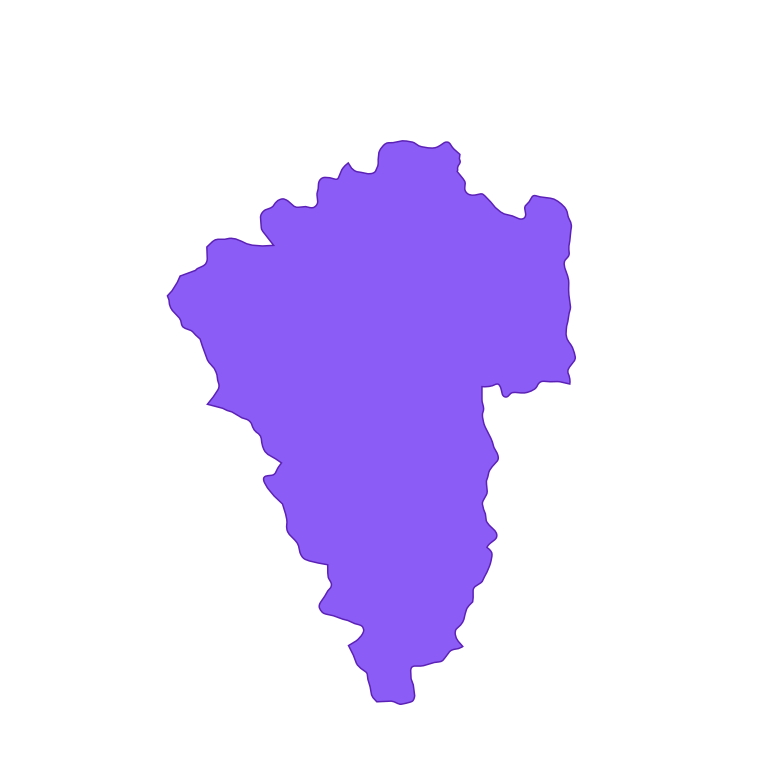 SVG path tracing the border of Šumadijski, rotated 219°
{"feature_id": "SRB-839", "entity_name": "Šumadijski", "entity_type": "District", "adm_level": 1, "iso_a3": "SRB", "parent_name": "Republic of Serbia", "parent_adm1": "", "projection": "equal_earth", "projection_center": [20.746, 44.097], "detail": "fine", "context": "isolated", "style": "filled", "palette": "violet", "viewbox_px": 768, "rotation_deg": 219, "n_neighbors": 0, "source": "natural_earth", "source_scale": "10m", "svg_char_len": 6171}
<svg xmlns="http://www.w3.org/2000/svg" viewBox="0 0 768 768"><g transform="rotate(219 384 384)"><path d="M359.3,635.5L354.7,635.0L351.8,634.0L350.0,633.0L346.8,630.4L345.1,629.3L340.7,627.2L338.1,625.1L337.1,623.8L335.4,620.9L329.7,612.2L327.2,607.7L325.1,605.0L322.1,601.9L321.5,600.8L321.1,599.6L321.0,598.1L321.2,594.3L320.8,592.7L319.6,590.7L316.7,588.1L309.1,583.4L305.8,580.8L303.9,578.7L299.8,573.4L296.4,569.6L287.5,561.2L286.4,559.5L284.6,555.4L280.5,548.3L278.5,544.0L276.7,541.2L273.9,537.3L271.4,535.2L269.8,534.1L266.9,533.0L263.2,532.0L260.4,530.9L255.7,528.0L252.4,525.4L251.5,524.3L250.7,522.2L250.5,513.8L249.9,510.9L249.3,509.8L248.0,508.4L245.5,507.0L242.7,504.8L240.7,502.6L239.6,500.9L248.8,496.4L250.8,495.0L256.3,490.3L261.5,486.7L262.9,485.4L263.8,483.8L264.1,482.2L264.1,480.6L263.6,478.3L263.5,476.7L263.7,475.0L265.2,471.2L267.4,467.6L269.1,465.6L272.2,463.1L276.8,460.0L278.7,458.2L279.3,457.2L279.6,456.1L279.9,452.5L280.3,451.5L281.0,450.6L282.4,449.9L283.4,449.8L284.5,450.0L285.6,450.5L290.3,454.1L292.0,455.1L294.1,455.8L295.2,455.7L296.1,455.2L297.0,454.1L298.6,451.0L300.8,448.2L303.9,445.3L306.2,443.6L298.1,433.6L296.7,432.1L292.6,429.0L291.2,427.7L290.2,426.3L288.8,423.0L287.8,421.6L286.5,420.2L282.9,417.2L281.2,415.9L278.2,414.2L266.8,409.1L263.2,407.1L258.7,403.9L252.5,401.4L250.4,400.1L249.0,398.9L248.1,397.7L247.5,395.8L247.9,387.9L247.6,383.5L247.0,381.4L244.9,377.2L243.4,373.1L241.3,370.7L236.2,365.5L235.1,363.7L234.7,362.3L233.5,355.6L232.9,353.9L232.0,352.6L227.6,349.2L223.5,346.9L218.6,342.2L217.1,341.4L213.4,340.5L205.5,339.8L202.7,338.8L201.2,337.6L200.2,336.1L199.8,334.5L199.9,332.7L201.3,326.8L201.5,324.6L201.4,322.7L201.2,321.8L198.1,321.8L195.9,321.4L194.1,320.7L192.8,319.5L191.7,318.0L189.6,314.1L188.3,311.3L187.3,308.5L185.6,302.6L184.6,297.4L183.4,292.4L183.6,290.6L185.8,283.8L185.8,282.2L185.5,280.8L184.8,279.6L180.3,274.1L178.0,270.5L178.5,265.7L178.4,262.3L178.0,260.7L176.3,256.5L173.8,251.4L173.0,248.5L172.8,244.9L173.6,239.1L173.4,237.6L172.2,235.5L171.0,234.2L167.9,232.0L164.5,230.8L157.6,229.6L157.9,228.6L159.6,225.3L162.7,221.7L163.6,220.3L164.3,218.8L164.6,217.2L164.3,209.5L164.3,206.7L164.4,205.9L165.1,204.2L166.7,202.3L169.6,199.3L176.0,190.0L178.1,187.8L183.0,183.8L183.8,182.6L184.2,181.4L183.9,179.8L183.0,178.2L177.5,172.0L171.9,168.6L164.0,161.1L163.4,160.1L162.5,158.0L162.2,156.2L162.3,155.5L162.7,154.5L163.6,153.0L166.1,149.6L168.8,146.3L170.0,145.2L172.4,144.3L176.1,143.4L178.8,142.1L189.6,132.5L195.1,133.3L198.1,134.6L204.2,139.9L210.6,144.3L214.6,148.1L215.7,148.6L216.9,148.8L223.0,148.4L227.8,148.9L229.9,149.7L237.2,154.0L247.0,158.4L244.0,166.6L243.5,169.0L243.2,173.8L243.4,176.0L243.9,178.1L244.4,179.3L245.2,180.3L247.3,181.6L248.4,181.9L250.1,181.8L251.9,181.2L255.9,179.4L263.2,177.5L268.0,175.3L277.6,172.0L284.4,168.6L286.4,167.9L288.1,167.7L291.0,168.3L293.2,169.3L294.1,170.0L295.1,171.4L295.7,173.0L296.0,175.1L296.5,181.7L297.5,187.9L297.3,191.8L297.5,193.0L298.0,194.1L299.0,195.5L300.5,196.5L304.7,198.1L305.8,198.8L308.8,201.8L314.0,208.1L322.6,203.4L330.7,199.5L334.9,198.1L336.7,197.9L338.5,198.1L340.9,198.9L343.2,200.1L348.4,204.3L350.3,205.3L351.7,205.9L355.1,206.6L363.0,207.5L365.8,208.5L367.5,209.5L369.9,211.8L372.4,215.5L374.4,217.6L378.6,221.0L387.4,226.9L398.9,227.8L407.8,229.6L409.7,230.1L414.0,231.8L415.9,232.7L417.3,233.8L418.0,234.6L418.4,235.5L418.4,236.6L418.1,237.7L416.7,239.5L413.9,242.3L413.0,243.5L412.5,244.9L412.4,246.4L413.5,251.2L413.8,253.4L414.0,258.2L421.3,257.6L430.0,256.2L433.9,256.6L436.4,257.6L439.0,259.1L442.2,261.6L445.1,264.4L447.3,265.8L450.3,266.4L452.7,266.2L455.9,266.6L459.0,267.9L462.3,269.9L464.8,270.5L466.6,270.5L468.3,270.2L473.1,268.3L484.6,266.6L489.3,264.7L494.1,263.6L508.5,257.1L508.6,266.7L509.4,274.8L509.8,276.6L510.7,278.3L511.9,279.7L515.7,282.3L519.6,286.0L522.0,287.5L525.8,289.3L533.5,290.6L536.4,291.6L549.1,299.2L555.2,303.2L561.0,303.5L565.7,304.2L567.6,304.1L573.6,302.1L576.1,301.8L577.5,302.2L578.8,302.9L581.9,305.4L584.6,306.5L594.7,307.9L597.8,309.0L600.9,310.9L604.0,314.0L607.8,316.2L607.4,323.0L608.6,332.9L610.4,339.6L602.0,353.7L601.9,355.4L601.5,356.6L599.1,361.4L598.5,363.1L598.2,365.0L598.6,367.0L599.2,368.6L600.1,370.0L607.9,379.0L606.9,386.8L605.9,389.8L604.1,392.0L598.7,396.4L595.9,399.8L594.4,401.1L590.5,403.4L584.4,405.3L578.9,406.6L573.7,409.0L565.3,414.8L557.0,422.3L574.2,426.3L576.7,427.3L578.0,428.5L585.1,436.1L586.0,437.9L586.4,439.5L586.5,441.2L586.3,442.9L585.9,444.5L583.0,449.3L582.4,450.9L582.1,452.4L582.4,456.3L582.0,459.7L581.0,461.8L580.1,463.2L578.9,464.4L577.9,464.9L575.5,465.6L573.7,465.8L565.7,465.5L563.2,466.3L561.7,467.5L556.6,472.5L552.5,474.5L551.0,475.5L549.8,476.8L549.2,478.5L549.0,480.1L549.2,481.7L549.6,482.9L550.3,484.0L554.7,488.4L555.8,489.7L556.7,491.4L558.0,494.3L561.0,498.5L561.6,499.7L562.0,500.9L562.2,502.6L562.0,504.2L561.5,505.4L560.8,506.5L559.9,507.4L555.9,510.2L550.5,512.6L549.4,513.6L549.1,514.5L549.2,515.6L551.6,523.8L551.8,525.8L551.7,529.1L550.9,533.3L545.0,531.3L541.5,531.2L539.9,531.5L538.5,532.0L534.9,534.1L528.7,537.3L526.3,539.5L525.3,540.9L524.6,542.5L524.5,544.0L526.1,549.7L527.4,551.9L529.8,554.8L533.6,560.6L534.2,562.5L534.6,564.6L534.6,568.9L534.3,570.9L533.4,573.1L532.2,574.4L528.9,577.2L522.8,584.5L519.5,586.9L514.1,589.9L512.2,590.5L506.8,591.0L504.0,592.1L498.3,595.3L495.0,597.7L493.0,599.7L491.6,601.9L490.5,604.7L489.1,609.3L488.5,610.5L487.3,611.7L485.8,612.4L484.0,612.3L479.9,611.0L477.6,610.6L469.5,610.2L467.2,606.5L465.0,605.1L464.4,604.3L463.9,602.8L463.7,600.6L463.3,599.2L462.6,597.9L461.3,596.6L460.9,595.2L451.8,593.3L448.7,592.3L447.2,591.1L444.9,587.6L443.7,586.1L442.1,585.1L440.8,584.7L439.5,584.5L437.8,584.6L436.6,585.0L434.3,586.2L432.2,588.1L428.7,592.4L427.5,593.4L426.5,593.7L424.2,593.7L415.4,592.6L408.6,591.2L401.5,591.1L397.6,591.8L390.0,595.4L383.3,597.3L382.0,597.9L380.6,599.0L379.7,600.4L379.4,601.9L379.7,603.4L380.6,605.0L385.0,608.9L385.7,609.8L386.3,611.3L385.9,616.9L386.7,622.3L386.7,623.4L386.3,624.4L385.6,625.2L384.6,625.8L380.4,627.7L371.6,633.1L368.4,634.6L364.0,635.4L359.3,635.5Z" fill="#8b5cf6" stroke="#5b21b6" stroke-width="1.5"/></g></svg>